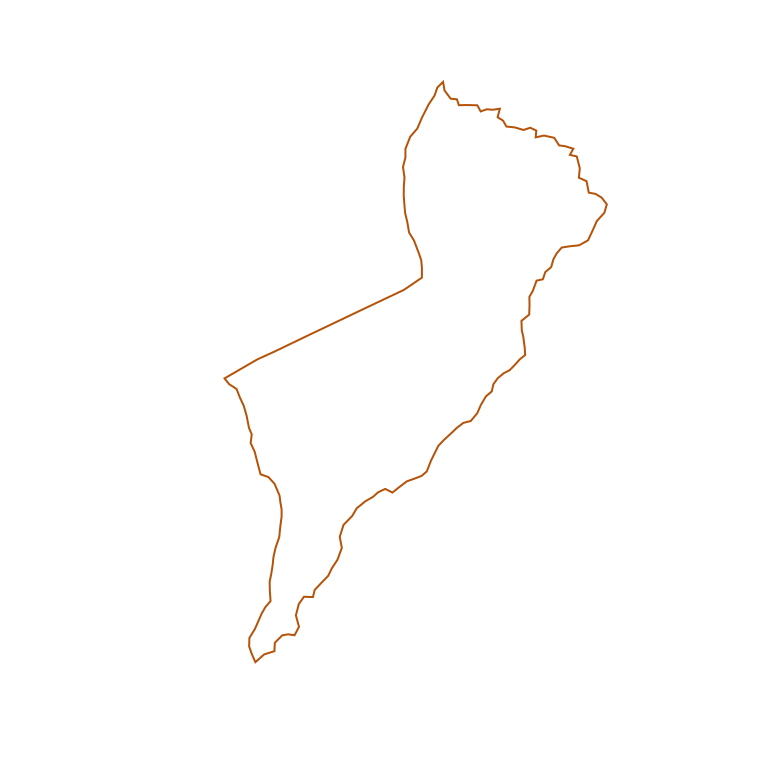 the district of Ribeirão dos Índios, São Paulo, Brazil, rotated 19°
{"feature_id": "56859067B88412336093281", "entity_name": "Ribeirão dos Índios", "entity_type": "district", "adm_level": 2, "iso_a3": "BRA", "parent_name": "Brazil", "parent_adm1": "São Paulo", "projection": "natural_earth1", "projection_center": [-51.581, -21.806], "detail": "fine", "context": "isolated", "style": "outline", "palette": "amber", "viewbox_px": 768, "rotation_deg": 19, "n_neighbors": 0, "source": "geoboundaries", "source_scale": "gbopen_adm2", "svg_char_len": 2158}
<svg xmlns="http://www.w3.org/2000/svg" viewBox="0 0 768 768"><g transform="rotate(19 384 384)"><path d="M341.5,79.1L337.9,86.3L337.9,94.8L335.2,105.1L333.2,119.6L332.3,131.7L328.3,141.6L327.7,154.7L330.5,162.8L331.3,172.6L336.2,182.2L338.5,191.0L341.3,199.4L344.6,207.1L348.3,215.4L353.6,223.8L358.4,232.6L365.6,238.5L374.7,249.4L379.0,255.0L382.1,262.0L385.2,271.1L372.1,288.6L342.1,317.9L335.8,324.1L298.2,361.0L281.6,377.4L277.0,382.0L270.8,388.1L256.1,402.1L231.4,430.6L237.7,434.6L246.2,436.7L252.4,444.0L258.5,450.3L264.4,458.7L270.6,469.4L275.4,474.8L277.1,483.2L283.8,490.2L290.5,500.4L296.7,509.6L305.0,509.6L313.0,514.0L321.5,523.4L324.6,529.7L328.0,535.9L330.3,542.5L332.3,552.3L334.8,562.9L334.8,574.3L335.8,583.5L337.6,591.1L339.1,599.5L340.3,608.3L343.1,616.0L347.4,626.1L344.4,633.8L343.1,640.8L342.5,648.1L341.7,657.6L339.4,667.9L341.9,676.0L346.2,681.5L352.9,688.9L358.8,678.6L367.4,672.3L365.0,664.2L369.6,654.8L374.8,651.9L381.2,650.7L382.7,641.3L376.0,631.4L375.1,619.7L377.6,611.2L386.2,608.6L385.5,601.3L389.8,591.8L393.7,583.5L394.7,575.1L397.2,565.4L397.5,552.7L391.9,542.9L391.6,530.4L396.9,519.1L398.7,510.3L404.6,500.9L410.4,494.2L413.7,488.3L419.3,482.8L427.3,483.9L432.2,476.2L437.2,468.7L443.3,463.8L449.4,458.7L452.9,452.8L453.4,441.1L455.5,424.8L458.9,417.3L463.0,409.8L467.0,402.0L471.6,395.0L478.1,390.7L481.7,381.1L482.4,372.3L484.4,362.5L488.3,355.9L487.5,348.6L489.7,341.4L493.8,334.7L498.3,330.0L501.8,322.6L504.4,316.4L508.1,310.6L505.1,303.6L500.2,293.8L496.8,288.4L493.4,279.5L498.7,271.1L495.9,262.0L493.1,254.3L494.4,247.3L494.6,236.6L500.1,233.3L500.1,225.6L504.0,219.1L503.6,210.7L504.8,204.1L507.6,197.1L514.6,193.4L523.2,189.4L530.1,181.8L531.3,170.8L532.2,160.5L536.6,150.4L536.2,141.6L529.1,136.9L522.1,135.4L515.3,136.4L509.5,126.3L501.1,125.5L498.9,116.3L492.2,106.1L485.2,106.8L486.4,99.9L477.7,100.2L471.9,101.4L464.8,95.8L454.4,97.0L447.1,101.4L445.5,94.8L438.8,94.1L433.2,98.4L424.2,98.8L415.9,100.7L410.8,96.2L404.6,94.8L403.9,86.0L397.5,89.3L391.7,90.8L386.7,94.8L381.5,90.1L371.7,93.2L364.0,96.0L360.3,91.1L354.1,92.5L345.6,86.7L341.5,79.1Z" fill="none" stroke="#b45309" stroke-width="2"/></g></svg>